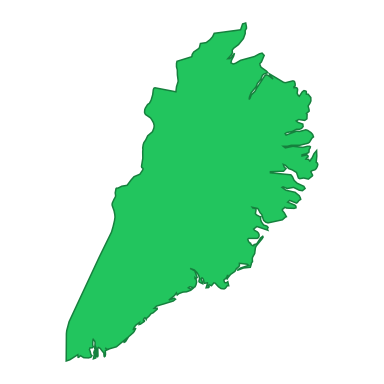 Austurland, Mercator projection
{"feature_id": "ISL-695", "entity_name": "Austurland", "entity_type": "Region", "adm_level": 1, "iso_a3": "ISL", "parent_name": "Iceland", "parent_adm1": "", "projection": "mercator", "projection_center": [-15.126, 64.88], "detail": "fine", "context": "isolated", "style": "filled", "palette": "green", "viewbox_px": 384, "rotation_deg": 0, "n_neighbors": 0, "source": "natural_earth", "source_scale": "10m", "svg_char_len": 5983}
<svg xmlns="http://www.w3.org/2000/svg" viewBox="0 0 384 384"><path d="M245.7,23.0L246.4,26.6L246.5,28.3L245.2,30.5L245.2,33.6L243.4,38.6L238.5,44.6L233.7,48.2L232.2,50.1L232.4,52.8L231.1,55.1L227.8,58.7L229.8,58.6L231.5,57.2L234.5,53.2L233.5,56.4L231.6,60.0L230.9,62.8L233.2,64.0L235.5,63.3L240.6,60.3L254.5,56.5L259.5,53.8L262.1,53.1L264.2,55.4L261.4,62.0L259.8,63.6L260.0,65.0L261.0,67.2L266.6,71.2L267.8,72.7L264.3,73.8L262.4,75.3L260.8,79.3L257.4,83.3L256.1,86.7L251.2,92.6L249.5,96.9L249.1,99.5L250.0,98.3L251.3,94.9L254.9,91.5L256.8,88.0L264.8,75.8L266.2,74.8L268.0,75.3L273.1,79.1L270.2,75.6L269.5,73.9L283.7,82.4L285.6,82.7L292.7,80.9L293.9,81.1L294.6,81.8L295.1,83.7L295.2,85.3L294.8,86.4L294.0,86.7L294.0,87.7L296.0,87.6L296.9,87.9L297.5,88.9L297.6,89.9L297.1,93.2L298.1,95.2L299.3,96.3L302.3,91.8L304.0,90.6L305.9,91.1L306.3,91.7L306.4,94.2L308.1,94.2L310.8,97.5L310.9,100.9L310.0,103.1L308.1,106.0L309.1,109.9L309.1,111.2L306.4,113.5L307.1,114.4L306.9,118.8L304.7,120.4L298.8,119.5L296.2,120.9L297.8,122.3L302.8,124.1L303.1,126.6L301.6,128.4L299.5,129.3L296.3,129.3L292.2,131.5L286.8,132.5L285.1,133.6L286.1,135.1L296.4,131.2L299.5,131.5L305.8,129.8L307.7,130.4L311.0,132.6L312.6,134.4L313.5,136.9L312.0,138.1L309.4,142.3L308.0,143.2L299.7,145.3L291.1,145.3L287.3,146.3L283.3,146.3L285.3,147.9L292.9,146.3L302.8,147.4L307.3,146.3L309.7,146.3L310.4,146.8L310.1,147.9L309.1,149.6L309.0,151.9L308.6,152.6L306.2,153.7L302.0,154.8L302.0,156.0L307.0,154.9L308.1,156.0L308.1,156.9L307.0,157.5L305.9,159.1L308.6,159.4L309.7,161.1L310.4,160.6L311.4,158.5L312.0,158.1L314.0,153.7L316.6,150.6L316.8,156.1L316.2,162.3L317.4,163.1L317.8,164.6L317.3,166.5L316.2,168.6L314.9,169.8L312.1,170.6L310.8,171.7L312.6,175.2L312.4,175.9L308.4,179.1L303.7,178.0L299.7,178.7L298.4,178.0L296.5,172.5L292.3,169.9L288.9,168.7L285.3,165.2L283.3,164.4L283.8,166.0L284.4,167.3L286.0,168.6L283.6,171.2L270.4,171.7L270.4,172.8L290.9,174.8L292.4,176.6L294.1,180.4L297.1,183.2L303.8,186.3L305.1,188.5L302.4,190.7L299.2,190.2L293.6,187.4L287.1,188.5L283.1,186.8L282.0,187.4L285.8,190.2L295.1,192.3L299.3,195.8L300.4,198.1L300.7,199.4L298.9,200.5L297.3,202.6L296.4,203.1L289.7,200.4L287.7,202.2L294.8,205.1L295.9,206.2L296.0,207.8L294.1,208.4L286.7,208.1L284.7,207.3L283.7,208.5L282.4,209.3L282.4,210.5L284.4,213.0L286.4,216.7L285.4,217.1L282.4,219.8L268.0,222.9L265.7,222.2L263.6,220.3L261.7,214.4L260.1,212.7L258.3,209.2L257.4,208.4L252.3,207.3L252.9,208.1L255.1,208.4L256.0,209.1L255.9,210.7L255.4,213.5L256.4,214.8L259.6,216.6L260.7,216.7L260.6,219.6L261.5,222.0L263.6,225.0L266.9,226.1L268.1,227.4L267.3,229.1L267.8,230.2L256.9,226.5L253.6,229.1L254.6,230.4L257.2,231.8L258.5,233.2L259.1,234.9L259.0,236.4L258.4,237.6L257.1,238.4L248.5,238.4L247.7,239.4L248.5,241.4L249.8,243.1L250.5,243.1L251.1,244.6L252.5,245.6L253.8,245.7L254.0,244.6L256.7,243.9L260.7,237.8L262.7,236.3L263.1,237.1L262.1,238.8L256.2,246.0L255.4,247.8L254.7,253.5L252.6,257.2L252.3,258.6L252.5,261.7L251.5,262.8L251.2,264.4L250.3,267.3L243.5,268.0L237.2,270.4L240.0,268.2L248.7,265.3L247.1,264.2L239.4,263.3L239.4,265.9L237.3,268.1L236.5,268.4L234.9,271.4L230.6,274.4L227.8,277.8L226.9,279.6L227.8,276.6L227.8,275.5L227.4,275.5L226.9,277.0L225.9,278.3L223.8,280.1L224.5,282.3L225.2,282.8L226.6,282.6L227.8,281.7L228.7,285.7L227.3,285.7L225.4,288.2L224.1,288.9L221.1,288.6L218.5,286.8L215.2,283.2L213.9,282.8L211.5,285.7L209.2,284.8L208.3,285.7L209.2,286.8L208.5,287.6L206.1,287.8L207.4,283.7L207.4,282.8L204.3,283.3L203.9,282.2L203.6,279.9L202.8,278.4L202.0,277.8L201.2,278.6L201.2,279.6L202.1,281.1L202.6,283.7L199.8,282.4L199.0,281.7L199.0,280.7L199.6,278.6L198.7,275.5L197.0,272.6L194.3,269.9L190.1,268.4L194.8,270.9L197.2,277.5L196.1,278.5L195.0,277.5L195.0,278.6L196.3,279.8L196.6,282.1L196.0,284.7L195.0,286.8L193.4,287.7L189.8,286.7L188.3,287.8L190.2,288.9L192.4,288.9L190.7,290.3L186.6,291.8L182.9,292.1L178.9,293.6L177.2,295.0L176.4,292.9L174.6,295.4L168.8,300.1L174.2,298.2L175.5,299.2L173.3,301.0L156.5,306.1L154.2,308.3L157.2,308.3L157.2,309.2L153.1,312.8L151.1,313.6L148.9,316.3L146.7,318.2L146.2,319.4L145.5,318.0L144.9,317.7L144.2,318.3L143.5,319.4L143.5,320.4L144.4,320.4L144.4,321.4L140.5,324.1L139.1,324.5L139.5,322.4L136.0,325.0L134.3,327.1L133.3,329.5L134.4,329.6L135.9,328.0L134.2,331.4L133.3,332.6L128.6,336.7L125.5,341.6L123.5,342.7L125.2,341.5L125.8,340.4L126.2,338.7L116.4,346.8L107.7,349.3L106.4,349.0L105.3,347.7L106.4,349.2L107.6,349.7L105.3,350.7L105.5,354.3L105.2,356.1L104.4,356.7L104.1,356.3L103.8,352.8L102.7,351.7L100.2,348.4L98.5,347.4L98.0,347.8L97.8,349.1L98.0,355.9L97.6,356.7L96.7,356.2L96.6,354.9L96.9,351.2L96.2,348.2L95.8,347.2L95.5,348.2L95.5,354.0L95.1,355.7L96.0,357.0L95.7,358.0L93.4,358.8L94.1,355.5L94.2,354.1L93.8,352.8L94.2,351.0L95.0,350.3L95.1,349.5L94.7,348.7L95.1,342.6L94.7,341.1L93.2,339.3L92.9,340.1L92.7,343.9L92.8,345.5L93.4,346.8L92.3,347.8L90.0,347.9L89.4,349.7L90.1,351.2L90.9,354.5L92.0,355.7L90.8,357.3L88.4,357.9L83.8,357.7L80.5,355.7L78.7,357.3L78.1,357.3L77.8,354.7L69.8,359.8L66.2,361.0L66.4,333.7L66.7,330.7L69.1,321.7L99.2,257.2L111.5,232.1L113.1,226.6L114.5,220.7L115.0,217.2L114.8,214.6L114.1,210.9L112.2,205.5L112.1,204.3L112.3,203.1L114.0,199.3L115.4,196.9L115.6,195.5L115.2,192.9L116.0,188.7L116.4,188.2L118.0,188.1L121.8,186.2L127.1,185.3L131.3,179.7L134.0,176.7L139.9,174.2L142.4,170.5L143.0,169.2L143.0,168.4L141.8,167.5L141.5,166.4L142.8,158.3L142.7,151.7L142.9,149.4L142.7,148.0L143.2,144.7L143.9,142.6L145.8,139.8L147.7,135.8L152.5,131.7L153.9,128.0L154.2,125.7L153.5,122.8L151.7,119.6L150.5,117.9L145.5,114.5L144.6,112.7L144.6,111.2L144.8,109.5L145.4,108.0L147.6,104.5L149.4,103.3L151.1,100.2L152.7,94.7L153.3,89.8L153.7,88.7L154.2,88.0L155.1,87.8L175.9,91.8L176.5,86.7L178.1,81.6L178.1,80.3L177.4,75.0L177.3,69.8L176.5,66.9L176.5,63.4L177.0,61.3L191.8,56.7L192.2,54.4L193.7,52.0L198.9,48.4L199.5,47.2L200.4,43.5L206.2,42.6L210.0,39.7L212.6,36.7L214.2,33.3L240.6,29.8L242.6,23.9L245.7,23.0Z" fill="#22c55e" stroke="#15803d" stroke-width="1.5"/></svg>